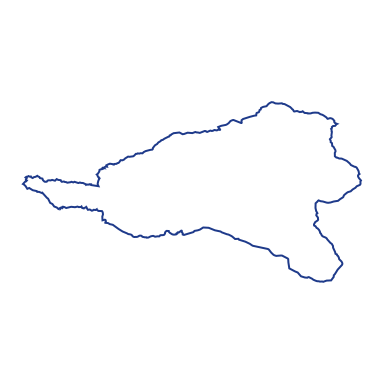 outline of Ibanesti, Mures, Romania
{"feature_id": "2599482B16431385542247", "entity_name": "Ibanesti", "entity_type": "district", "adm_level": 2, "iso_a3": "ROU", "parent_name": "Romania", "parent_adm1": "Mures", "projection": "robinson", "projection_center": [25.127, 46.761], "detail": "fine", "context": "isolated", "style": "outline", "palette": "blue", "viewbox_px": 384, "rotation_deg": 0, "n_neighbors": 0, "source": "geoboundaries", "source_scale": "gbopen_adm2", "svg_char_len": 5983}
<svg xmlns="http://www.w3.org/2000/svg" viewBox="0 0 384 384"><path d="M323.2,281.8L326.6,280.6L331.1,280.4L333.7,276.9L333.8,275.3L334.9,274.1L337.7,269.6L342.0,264.9L342.4,263.9L342.2,262.8L341.5,261.5L339.2,259.2L338.8,257.5L338.0,256.0L337.2,255.4L336.9,254.4L335.5,253.8L335.1,252.0L333.1,247.7L333.0,246.0L331.8,243.9L330.4,242.9L327.2,239.3L326.8,238.5L325.7,237.6L323.0,236.5L321.9,235.6L320.9,233.6L320.1,232.8L319.9,231.6L319.0,229.9L317.6,228.4L316.6,227.9L315.5,226.2L314.3,225.7L314.0,225.2L314.0,224.3L315.2,222.1L317.7,220.4L318.1,219.7L317.9,217.5L316.3,215.4L316.5,214.0L317.4,213.2L316.2,211.1L315.5,208.0L315.6,203.3L317.5,201.5L318.0,200.8L318.6,200.4L320.6,201.2L322.9,201.5L326.6,202.6L328.1,202.8L330.5,202.5L333.7,201.5L338.1,200.8L340.0,199.2L343.0,197.3L343.4,196.8L343.7,195.8L344.3,194.9L347.0,192.7L348.0,192.1L350.7,191.3L352.6,189.5L355.5,187.7L356.7,186.3L359.9,184.9L360.5,183.9L360.4,181.5L361.0,180.5L359.0,178.2L358.1,176.6L358.0,175.7L358.2,175.1L359.5,174.0L358.9,173.3L358.8,172.1L358.4,170.7L356.7,167.7L355.6,166.9L354.6,166.8L350.9,165.0L349.8,163.5L346.8,160.9L341.7,158.6L339.2,158.5L337.2,157.6L336.4,157.6L334.9,156.3L334.8,152.9L335.5,151.5L335.4,150.2L333.5,146.8L332.2,145.9L332.0,143.2L330.7,142.2L330.7,140.8L329.9,139.2L331.6,137.3L331.6,136.5L331.4,135.7L331.9,131.8L331.6,131.4L331.6,129.8L331.1,128.9L331.8,128.2L332.0,127.6L331.9,127.0L332.9,126.1L335.2,125.8L336.5,124.2L337.1,123.9L335.1,123.1L334.2,121.9L334.4,121.0L333.3,119.6L332.4,118.8L330.7,118.2L329.8,118.2L327.9,118.8L327.5,118.8L326.4,117.4L323.8,115.6L322.4,114.8L320.4,114.2L318.3,112.8L315.0,112.6L312.5,112.8L310.7,113.4L308.0,113.5L307.8,113.2L304.5,112.9L302.7,111.3L301.7,111.9L301.1,111.8L299.9,112.1L297.1,111.0L294.2,111.5L293.8,111.2L293.0,109.7L292.0,109.0L291.7,108.5L290.1,107.0L284.6,104.1L282.5,103.8L281.9,103.3L278.2,103.6L275.4,103.4L273.1,102.3L271.4,102.2L269.4,103.2L268.1,104.3L266.5,106.2L263.1,106.9L261.1,107.9L260.7,109.5L259.6,110.0L259.1,111.8L258.6,112.3L256.8,112.9L256.5,113.2L256.2,115.4L254.2,115.7L250.0,116.8L243.1,119.0L241.6,120.2L241.5,121.4L241.7,122.6L241.5,123.0L241.1,123.0L233.5,120.0L232.6,120.1L230.5,121.0L228.6,123.2L226.9,124.4L225.8,124.9L221.3,125.8L218.2,127.0L218.8,128.1L219.8,129.0L220.1,129.7L219.9,129.9L218.2,129.7L216.9,130.4L214.3,130.0L213.3,130.6L211.9,131.0L210.3,130.6L207.3,131.9L206.4,131.7L205.8,131.1L204.7,131.0L199.8,132.9L197.9,132.5L196.5,132.4L195.3,132.0L192.4,133.1L187.6,132.7L184.0,134.0L182.6,134.2L179.4,132.5L173.6,133.2L171.4,134.4L170.7,135.2L169.7,135.4L169.3,136.4L169.0,136.6L168.4,136.7L164.4,138.7L162.7,139.9L161.3,140.2L160.6,141.1L158.3,142.5L157.1,144.0L155.1,145.2L154.5,145.9L152.9,148.0L152.8,149.0L152.3,149.6L150.2,149.9L145.6,151.1L143.7,152.1L142.5,153.3L140.6,153.2L139.3,153.6L137.7,153.4L136.8,153.9L135.8,153.9L134.2,155.6L133.2,156.3L129.4,156.8L128.1,156.6L125.2,158.4L124.0,159.6L122.5,160.3L120.6,160.2L119.2,162.3L118.5,162.9L117.3,163.2L116.6,163.8L114.1,164.0L113.9,164.2L114.2,164.4L114.0,164.6L113.1,164.5L112.5,164.1L109.9,163.7L108.1,164.4L106.4,165.3L107.0,166.7L105.6,166.6L103.9,167.6L104.2,168.0L102.8,167.7L102.4,168.1L102.9,168.8L101.9,169.2L100.5,169.4L99.5,169.9L99.3,171.5L97.8,173.8L96.8,174.5L97.3,175.0L98.0,176.8L98.9,177.4L98.9,178.1L99.5,178.4L98.5,180.3L98.2,181.2L97.7,183.5L97.7,184.4L98.5,186.2L91.5,185.1L90.6,184.8L90.8,184.3L90.7,184.3L89.7,184.2L88.0,184.7L86.7,184.4L86.0,184.9L85.2,184.0L83.0,183.0L81.0,182.9L79.9,182.5L78.6,183.0L77.9,182.9L74.5,181.8L73.3,182.4L71.4,181.8L70.5,182.2L67.3,182.7L66.1,182.1L64.9,182.0L63.9,181.5L61.8,181.8L61.2,181.3L60.7,180.2L58.2,179.9L56.7,179.1L55.0,180.7L52.1,179.9L50.7,180.4L48.7,180.3L47.6,180.6L46.7,181.7L45.0,181.8L44.2,181.4L43.0,180.2L42.4,178.6L40.0,178.1L39.4,177.0L38.3,176.6L37.3,175.8L35.6,176.8L33.8,177.2L32.7,178.0L31.2,177.3L30.9,176.5L29.5,176.6L28.5,176.1L27.9,176.5L26.4,176.8L25.6,177.4L26.7,178.2L26.1,179.7L25.9,179.7L26.0,180.9L26.5,180.9L26.2,181.3L25.1,181.7L23.0,184.0L23.8,184.4L25.5,186.0L27.3,188.8L29.2,188.0L32.7,190.2L36.8,191.1L37.2,191.9L39.1,191.9L42.1,193.1L42.4,192.8L46.9,197.8L48.1,198.7L50.2,202.9L52.4,204.0L54.2,206.5L56.8,207.5L58.4,209.0L60.1,208.0L60.3,208.9L62.1,207.1L62.6,207.8L63.3,206.8L64.5,207.1L66.2,208.0L71.2,206.8L75.0,207.2L77.5,206.6L78.8,207.1L80.9,207.0L81.5,206.5L82.2,208.0L83.8,208.4L84.0,208.0L85.7,207.5L86.2,206.9L86.6,207.4L86.9,208.3L87.9,209.8L89.8,209.5L91.8,210.7L92.7,210.5L93.6,209.8L95.6,210.0L96.7,209.3L96.8,209.9L97.5,210.2L98.3,210.9L102.0,211.1L102.7,212.3L103.0,214.3L102.3,216.6L102.5,220.3L104.8,219.7L105.4,219.9L105.7,220.4L105.9,221.4L105.7,222.0L105.3,222.5L104.5,222.7L108.1,223.1L109.7,224.1L112.8,224.8L118.6,229.0L122.6,231.5L126.9,233.3L128.3,234.1L129.9,234.3L131.2,234.7L132.1,235.4L132.6,236.3L134.1,237.0L136.9,236.9L137.7,236.7L139.4,235.7L140.3,235.6L141.5,235.8L142.4,236.8L144.8,237.3L146.4,237.3L146.8,237.7L148.5,237.5L150.6,236.4L152.2,236.0L153.3,235.9L155.1,236.7L157.8,236.3L158.9,236.4L159.4,236.3L160.1,235.4L160.5,235.2L163.1,235.1L164.3,234.7L165.0,233.5L165.1,232.4L165.9,231.4L166.6,230.9L168.7,231.0L168.7,231.6L169.7,232.7L172.0,234.2L173.2,234.6L174.9,234.6L176.4,234.3L176.6,234.1L176.4,233.5L176.6,233.3L177.4,233.3L177.7,232.4L178.3,232.3L178.8,232.5L181.2,230.7L181.6,230.7L181.9,231.1L181.7,232.0L182.8,233.4L182.7,234.5L183.3,234.8L184.1,234.9L193.4,232.1L194.5,230.9L197.8,230.3L199.9,229.6L203.2,227.5L208.7,227.8L214.9,230.3L220.6,231.5L221.7,232.3L226.8,234.2L228.6,234.6L231.2,235.9L232.3,236.6L235.1,239.0L238.5,238.8L239.0,239.7L245.4,241.7L249.8,243.8L252.1,245.4L252.9,245.8L267.9,249.0L268.8,249.5L271.2,252.6L273.5,254.8L274.4,255.3L276.2,255.9L281.0,255.5L282.1,255.6L287.7,258.5L288.2,259.1L288.4,262.5L289.3,268.4L295.2,271.5L297.7,272.5L301.0,276.3L304.9,277.5L307.3,277.7L308.3,277.1L308.8,277.1L312.2,278.8L313.3,279.7L315.6,280.7L317.1,281.2L319.0,281.3L319.9,281.6L322.3,281.5L323.2,281.8Z" fill="none" stroke="#1e3a8a" stroke-width="2"/></svg>